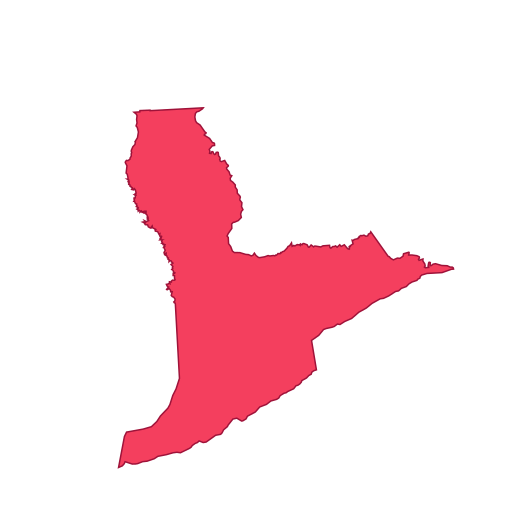 outline of Juan B. Alberdi, Tucumán, Argentina, rotated 255°
{"feature_id": "61730980B38664240857483", "entity_name": "Juan B. Alberdi", "entity_type": "district", "adm_level": 2, "iso_a3": "ARG", "parent_name": "Argentina", "parent_adm1": "Tucumán", "projection": "robinson", "projection_center": [-65.664, -27.636], "detail": "fine", "context": "isolated", "style": "filled", "palette": "rose", "viewbox_px": 512, "rotation_deg": 255, "n_neighbors": 0, "source": "geoboundaries", "source_scale": "gbopen_adm2", "svg_char_len": 6131}
<svg xmlns="http://www.w3.org/2000/svg" viewBox="0 0 512 512"><g transform="rotate(255 256 256)"><path d="M426.4,175.4L424.0,177.1L422.3,177.4L418.8,176.0L415.3,175.5L412.7,173.8L410.9,174.6L406.2,174.5L400.9,172.1L397.7,168.7L397.2,169.0L395.0,167.9L393.4,165.3L390.6,163.1L389.6,162.6L388.1,162.7L387.0,161.9L384.8,161.4L383.3,159.8L382.1,159.3L381.3,157.0L381.9,155.6L380.9,154.3L380.1,153.9L376.5,154.7L369.7,152.0L368.3,152.8L364.8,152.6L363.4,152.4L363.6,151.5L362.4,152.7L361.3,151.9L361.2,152.6L360.2,152.6L359.7,151.8L359.1,152.2L358.1,151.6L357.3,152.6L355.9,152.4L355.6,153.1L355.0,153.1L353.9,154.3L352.9,154.3L353.2,153.8L352.5,153.1L351.5,155.0L352.5,155.9L351.2,156.6L347.8,156.5L347.6,155.5L346.1,155.8L346.5,154.6L345.6,155.2L343.6,154.5L343.5,152.4L343.4,153.4L342.8,153.6L342.2,152.9L341.4,153.1L340.5,152.2L340.4,152.8L338.0,153.1L337.1,154.2L336.5,153.7L335.3,154.1L334.7,153.2L333.4,154.7L333.0,154.1L332.4,154.3L332.1,153.1L330.9,154.1L329.9,153.9L330.4,154.9L329.6,155.7L328.4,155.3L329.1,157.0L327.7,157.2L327.5,157.8L328.1,157.9L328.0,158.8L326.7,158.6L326.2,159.7L327.1,160.6L328.0,160.3L327.7,161.4L324.9,160.6L324.2,161.2L321.6,161.7L321.7,161.0L320.9,160.8L320.4,161.3L319.9,160.7L319.5,161.4L318.9,161.0L318.0,161.4L317.6,159.0L318.9,157.5L317.1,158.1L316.4,157.2L318.1,156.0L318.1,155.4L317.3,156.4L314.9,157.2L314.1,159.4L312.1,159.5L310.3,161.3L310.2,162.2L311.3,162.6L311.9,163.5L310.1,163.3L307.7,166.0L307.4,165.3L306.1,165.2L305.0,167.3L302.2,167.9L302.4,168.9L300.9,168.2L300.0,168.3L299.3,169.0L299.7,169.5L299.4,169.9L298.0,169.1L298.4,168.6L297.9,167.9L297.0,168.1L296.5,167.3L295.9,169.3L295.7,168.4L295.6,169.1L295.0,169.2L294.4,168.6L293.0,169.1L292.7,168.2L291.5,169.7L290.8,168.7L291.0,169.9L290.5,171.0L289.1,169.7L289.3,170.4L288.8,170.4L287.8,169.2L285.1,169.8L283.1,168.0L280.9,168.1L280.2,168.8L281.9,168.8L282.0,170.0L279.9,169.3L279.3,169.9L277.1,170.0L276.8,170.8L275.6,170.2L274.9,171.1L273.2,170.6L273.8,171.5L273.3,172.7L272.0,172.8L271.5,173.6L270.6,173.9L269.8,171.7L267.5,173.0L266.8,172.3L265.8,172.5L264.8,171.1L263.6,172.2L261.9,172.2L260.7,173.3L260.3,172.8L260.6,171.5L258.6,170.9L258.1,172.2L255.6,171.5L254.0,171.7L253.7,170.8L254.3,169.1L253.7,167.8L252.8,167.5L253.5,165.8L251.5,165.7L252.2,164.9L251.7,163.9L251.8,162.1L249.7,162.5L248.7,163.5L246.9,161.0L246.4,161.4L247.0,163.7L245.0,164.6L243.5,164.3L243.2,165.8L239.8,163.9L238.3,164.7L237.6,165.8L235.4,166.7L233.6,166.0L232.9,164.7L231.9,165.0L231.5,165.7L230.6,165.7L157.6,150.4L148.3,144.4L142.8,139.5L134.8,134.4L131.8,131.5L126.2,122.3L121.8,117.4L118.2,110.8L118.0,102.2L119.4,85.4L115.7,82.2L87.3,68.5L87.9,72.6L89.5,75.0L91.2,76.3L87.1,82.6L86.3,85.8L86.1,88.0L86.7,93.2L86.0,97.7L86.5,105.2L87.9,109.4L87.3,118.0L87.4,124.9L86.9,128.8L85.5,132.1L87.5,142.3L88.2,144.0L89.4,145.3L90.7,148.7L91.0,151.2L92.1,153.2L89.5,156.7L89.2,159.7L93.3,170.6L92.9,175.7L93.9,177.4L96.5,179.7L98.6,184.2L99.9,185.3L104.5,191.5L104.3,195.5L100.3,199.4L100.2,200.6L101.2,204.2L103.5,206.3L105.5,215.0L109.2,220.5L110.0,227.8L112.1,232.8L112.2,238.9L112.9,241.2L114.9,243.2L116.2,247.6L116.1,249.7L116.9,251.6L118.0,258.0L120.4,261.2L120.3,262.9L121.1,265.2L122.4,267.1L123.8,268.0L125.1,273.2L126.9,276.1L127.5,278.7L129.3,279.8L130.2,282.0L130.4,284.9L160.1,287.8L163.2,296.2L167.5,302.2L167.8,305.2L167.5,311.1L167.7,313.4L169.2,317.0L168.1,319.4L169.8,324.8L170.9,332.2L175.1,340.8L177.2,349.1L180.2,355.8L182.5,364.9L182.1,368.2L183.1,373.9L185.6,381.6L185.4,384.7L187.1,388.0L187.6,393.3L189.5,396.5L190.5,400.0L190.8,405.1L191.8,406.5L192.1,408.4L193.8,409.5L194.7,411.1L194.9,416.6L191.8,431.4L192.6,441.3L192.2,443.4L193.4,443.5L194.4,442.8L195.1,440.6L197.1,438.2L198.8,432.9L202.1,427.4L202.3,424.9L201.4,422.9L201.6,421.7L204.5,422.7L205.0,422.2L205.1,421.4L204.5,420.9L201.7,419.6L200.3,419.8L200.8,416.5L201.7,415.8L202.5,416.8L204.6,417.0L208.0,415.9L209.9,416.5L209.6,412.4L210.8,412.1L211.8,413.4L213.1,413.4L214.7,411.4L216.6,406.9L217.4,403.7L219.5,404.8L220.1,404.6L220.0,399.1L217.8,398.0L216.5,394.5L217.4,392.0L216.7,387.7L218.9,385.5L220.9,384.5L221.4,383.6L249.7,373.1L248.3,372.0L248.1,370.3L246.6,369.2L246.6,367.3L248.2,365.7L248.2,363.2L248.7,362.7L248.1,360.6L247.2,360.6L247.1,359.4L246.4,359.1L246.5,355.2L245.9,354.0L246.4,352.9L242.6,352.9L241.7,350.2L240.8,349.6L241.3,349.1L241.0,348.4L238.6,348.1L238.4,347.7L239.4,346.4L244.0,344.2L243.2,340.7L245.2,339.8L243.5,336.6L245.2,335.5L244.9,333.9L245.3,332.7L244.2,330.3L245.0,329.6L247.3,329.8L248.5,323.3L248.0,320.9L250.2,316.0L250.4,315.2L249.9,314.0L252.4,312.1L250.8,309.8L251.0,308.9L253.6,308.3L255.7,305.4L255.8,304.5L254.9,303.3L256.1,302.1L254.8,301.4L255.8,300.7L255.9,299.3L256.4,298.8L255.7,296.3L256.0,295.3L256.4,295.2L256.0,293.4L259.5,293.7L257.3,291.2L256.9,289.4L255.5,287.9L253.4,284.4L253.3,282.6L252.5,281.1L252.9,280.7L252.0,279.9L252.7,277.8L252.1,277.3L251.5,275.7L251.8,275.3L251.3,274.3L252.0,272.9L252.4,269.4L253.3,267.8L253.0,264.1L253.5,258.9L254.1,257.9L256.5,256.1L259.2,255.2L257.5,253.2L257.3,251.5L259.3,249.1L260.2,246.5L263.5,241.2L264.9,236.0L266.8,234.5L271.7,234.0L275.0,232.7L281.1,234.0L282.8,233.2L284.9,235.0L288.9,239.8L293.3,240.8L294.4,242.8L294.2,244.1L294.8,248.1L297.0,251.8L300.4,252.0L302.9,253.5L304.1,255.4L307.4,254.8L311.1,256.2L314.0,255.0L315.0,255.0L316.9,256.1L318.0,256.0L321.5,254.2L324.8,254.9L327.9,253.8L330.0,254.4L333.4,252.7L335.6,250.9L337.8,251.2L339.8,253.4L341.0,251.9L344.2,251.8L347.6,250.2L348.9,250.4L350.0,252.5L350.7,252.7L352.5,251.5L356.4,250.5L356.1,247.1L356.9,246.0L358.7,245.9L359.0,246.5L360.5,246.6L362.5,245.8L365.7,246.3L366.2,245.9L366.4,244.4L364.9,243.3L364.7,242.4L365.9,241.6L367.7,241.4L368.2,240.7L368.0,239.9L366.6,239.1L367.2,237.7L369.3,238.6L371.1,238.4L373.7,242.3L373.5,244.6L375.2,245.0L376.1,244.7L376.8,243.3L381.6,241.6L386.1,237.3L386.9,237.7L387.2,239.2L387.9,239.7L389.2,238.7L397.0,235.9L400.1,233.2L402.1,232.6L406.1,232.9L409.4,234.4L410.6,236.2L410.6,238.3L412.0,242.4L412.8,243.4L423.0,195.0L423.8,191.3L424.3,191.4L426.5,181.5L425.3,181.1L426.4,175.4Z" fill="#f43f5e" stroke="#9f1239" stroke-width="1.5"/></g></svg>